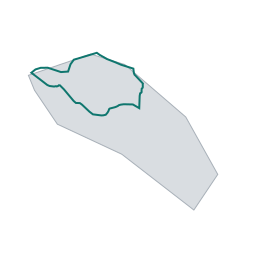 location of Saint Andrew within Dominica, rotated 319°
{"feature_id": "DMA-1432", "entity_name": "Saint Andrew", "entity_type": "Parish", "adm_level": 1, "iso_a3": "DMA", "parent_name": "Dominica", "parent_adm1": "", "projection": "natural_earth1", "projection_center": [-61.355, 15.539], "detail": "fine", "context": "in_parent", "style": "outline", "palette": "teal", "viewbox_px": 256, "rotation_deg": 319, "n_neighbors": 0, "source": "natural_earth", "source_scale": "10m", "svg_char_len": 1242}
<svg xmlns="http://www.w3.org/2000/svg" viewBox="0 0 256 256"><g transform="rotate(319 128 128)"><path d="M165.3,221.9L123.9,233.1L106.1,143.7L77.2,78.8L82.2,38.2L87.4,22.9L148.3,47.8L167.2,78.0L178.8,157.6L165.3,221.9Z" fill="#d9dde1" stroke="#a8b0b8" stroke-width="1"/><path d="M91.3,22.9L96.6,23.1L101.6,25.3L107.0,29.9L114.1,41.8L119.8,46.1L126.4,42.2L131.9,40.9L153.8,50.8L154.6,54.3L157.4,62.2L161.8,70.6L164.2,75.6L171.0,86.7L168.6,90.2L167.9,92.1L168.0,92.9L168.4,103.4L168.3,104.4L168.1,104.5L167.8,104.7L166.2,106.6L165.8,107.0L165.5,107.2L165.3,107.2L165.1,107.3L164.3,107.3L164.2,107.3L162.9,108.5L162.2,109.4L161.8,109.8L161.5,110.0L161.3,110.0L161.0,110.0L160.9,109.9L160.5,110.0L160.4,110.0L160.1,109.9L159.9,109.8L157.9,111.4L149.5,120.4L147.1,113.4L140.4,107.3L137.8,105.6L136.1,104.8L134.7,104.7L133.3,104.3L131.7,103.7L127.1,101.4L126.6,101.3L126.1,101.4L124.3,102.4L122.5,103.0L119.9,103.4L117.8,102.3L116.2,101.1L110.5,94.7L109.6,90.3L108.6,80.1L108.0,77.6L105.1,74.9L104.7,71.8L105.0,56.8L104.6,51.2L104.4,51.1L104.0,50.5L103.9,50.4L103.7,50.4L103.3,50.4L103.1,50.4L102.7,50.4L101.7,50.0L101.5,49.9L101.3,49.7L101.1,49.2L99.4,48.2L96.4,44.9L95.3,42.6L91.3,22.9Z" fill="none" stroke="#0f766e" stroke-width="2"/></g></svg>